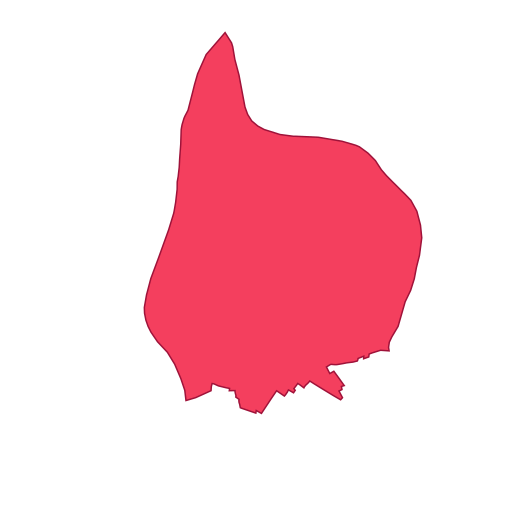 Long Bien, Ha Noi, Vietnam, rotated 38°
{"feature_id": "81297802B92281690814663", "entity_name": "Long Bien", "entity_type": "district", "adm_level": 2, "iso_a3": "VNM", "parent_name": "Vietnam", "parent_adm1": "Ha Noi", "projection": "orthographic", "projection_center": [105.905, 21.038], "detail": "fine", "context": "isolated", "style": "filled", "palette": "rose", "viewbox_px": 512, "rotation_deg": 38, "n_neighbors": 0, "source": "geoboundaries", "source_scale": "gbopen_adm2", "svg_char_len": 2350}
<svg xmlns="http://www.w3.org/2000/svg" viewBox="0 0 512 512"><g transform="rotate(38 256 256)"><path d="M144.2,238.8L145.7,241.2L148.3,246.1L152.8,252.0L159.6,263.1L163.6,270.5L164.9,273.1L171.0,289.0L180.3,317.3L187.0,338.5L192.6,351.5L193.6,353.9L199.7,365.3L203.4,369.7L208.7,374.3L214.3,377.9L220.2,380.7L231.2,384.2L245.4,386.4L258.5,391.3L272.3,398.9L282.6,405.7L289.8,413.0L295.7,404.7L303.5,389.8L302.8,388.8L301.2,386.4L299.9,383.5L301.7,382.6L306.3,381.5L313.6,378.2L316.7,376.6L317.9,378.6L318.0,378.5L321.0,376.0L321.6,375.6L322.3,375.0L323.3,376.1L324.7,377.3L325.2,377.6L325.3,377.7L325.8,378.1L326.4,378.6L326.9,379.6L330.9,379.4L331.6,380.6L332.9,381.9L334.4,382.9L335.9,384.2L337.0,385.2L337.9,385.0L352.6,379.9L351.3,377.6L357.2,376.7L355.8,359.0L355.8,358.9L355.2,349.5L364.6,348.9L364.7,347.1L364.5,343.9L364.0,341.6L364.8,341.4L369.2,340.8L369.8,340.7L369.6,337.7L367.5,337.2L367.5,334.2L367.4,330.7L370.1,330.5L374.9,330.4L374.8,330.0L374.7,329.4L374.7,328.8L374.7,328.3L374.7,327.9L374.7,327.6L374.7,327.1L374.8,326.7L374.9,326.1L375.0,325.5L375.1,324.8L375.2,324.1L375.3,323.4L375.3,322.5L375.3,321.6L375.3,321.4L379.7,321.0L390.6,319.8L403.3,318.3L411.2,317.2L411.4,314.4L404.5,311.3L406.0,308.3L403.6,306.2L405.3,303.8L396.1,301.1L388.3,298.9L386.5,303.2L379.8,300.1L380.5,298.3L381.2,296.3L381.6,295.5L382.2,294.9L383.5,294.1L384.7,293.3L385.8,292.5L386.7,291.7L390.9,287.1L393.2,284.4L394.1,283.5L397.8,279.8L400.5,276.3L400.1,275.0L399.5,273.9L402.6,268.6L404.1,270.7L407.0,266.1L405.5,263.6L407.1,261.0L412.2,253.6L419.3,248.8L416.8,246.5L415.9,245.0L414.1,241.8L412.8,236.0L411.3,224.0L409.2,218.8L401.7,200.2L400.1,192.8L399.0,187.8L394.8,176.6L389.4,166.1L384.4,154.8L375.4,139.6L370.6,134.6L366.6,130.4L355.2,121.7L343.8,116.8L334.9,115.5L330.2,115.0L329.4,114.9L323.8,114.2L318.6,113.6L317.0,113.4L309.3,112.4L301.8,110.9L295.3,108.7L291.3,107.3L281.0,106.0L270.3,106.3L266.5,107.3L253.2,112.6L232.3,123.9L231.1,124.7L213.6,137.2L211.8,138.6L200.1,145.5L184.6,151.3L177.4,152.5L169.5,152.2L162.3,149.6L155.6,145.4L138.9,130.7L131.2,123.9L118.4,114.2L108.9,105.5L105.5,103.1L94.1,99.0L92.7,127.9L97.8,148.3L102.0,158.7L105.3,166.1L112.7,183.0L113.9,189.6L114.5,191.9L116.8,197.8L117.8,199.8L119.2,202.4L127.9,214.3L136.2,226.7L140.9,233.4L144.2,238.8Z" fill="#f43f5e" stroke="#9f1239" stroke-width="1.5"/></g></svg>